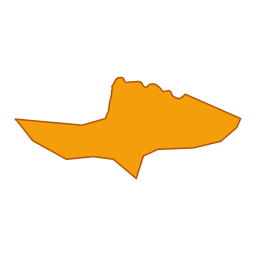 Patience, Praslin, Saint Lucia (Robinson projection)
{"feature_id": "8701671B25474950387418", "entity_name": "Patience", "entity_type": "district", "adm_level": 2, "iso_a3": "LCA", "parent_name": "Saint Lucia", "parent_adm1": "Praslin", "projection": "robinson", "projection_center": [-60.908, 13.85], "detail": "fine", "context": "isolated", "style": "filled", "palette": "amber", "viewbox_px": 256, "rotation_deg": 0, "n_neighbors": 0, "source": "geoboundaries", "source_scale": "gbopen_adm2", "svg_char_len": 4456}
<svg xmlns="http://www.w3.org/2000/svg" viewBox="0 0 256 256"><path d="M111.8,86.5L112.1,87.0L112.2,87.4L112.3,88.1L111.8,90.7L111.5,93.6L111.4,95.1L109.5,103.0L108.9,108.8L108.7,110.4L105.3,118.6L82.1,125.2L29.2,120.4L15.6,119.1L15.4,119.7L16.5,120.1L32.7,140.7L66.4,159.3L93.5,156.6L113.4,159.3L136.2,178.5L143.4,156.0L157.9,149.3L193.3,147.9L220.7,141.3L236.8,127.5L240.6,118.6L185.5,94.3L185.1,94.4L185.0,94.6L184.8,94.8L184.6,94.9L184.5,95.0L184.3,95.1L184.2,95.2L184.0,95.4L183.8,95.6L183.7,95.7L183.5,95.8L183.4,96.0L183.2,96.1L182.9,96.4L182.7,96.5L182.4,96.8L182.2,96.9L182.1,97.0L181.9,97.1L181.6,97.4L181.5,97.5L181.3,97.7L181.1,97.8L181.0,98.0L180.9,98.1L180.7,98.2L180.5,98.3L180.3,98.3L180.1,98.4L179.8,98.4L179.5,98.5L179.3,98.5L179.1,98.5L178.9,98.5L178.6,98.4L178.4,98.4L178.2,98.4L177.8,98.3L177.6,98.3L177.3,98.2L177.2,98.1L176.8,98.0L176.6,98.0L176.5,97.9L176.3,97.9L176.1,97.8L175.9,97.7L175.7,97.7L175.4,97.5L175.2,97.4L174.8,97.2L174.6,97.1L174.3,97.0L174.1,96.9L173.8,96.7L173.7,96.5L173.5,96.4L173.3,96.3L173.2,96.2L172.8,96.0L172.7,95.9L172.4,95.6L172.2,95.5L172.1,95.3L172.0,95.1L171.9,95.0L171.8,94.7L171.7,94.5L171.7,94.3L171.7,94.1L171.6,93.9L171.6,93.7L171.5,93.3L171.4,93.1L171.3,92.8L171.2,92.6L171.1,92.4L170.8,92.1L170.7,91.9L170.4,91.6L170.1,91.3L170.0,91.2L169.8,91.0L169.7,90.9L169.3,90.8L169.1,90.8L168.9,90.8L168.7,90.8L168.4,90.8L168.2,90.8L167.8,90.9L167.6,90.9L167.4,90.9L167.2,91.0L166.9,91.0L166.7,91.0L166.4,91.1L166.2,91.1L165.9,91.2L165.7,91.2L165.5,91.3L165.3,91.3L165.1,91.4L164.9,91.4L164.8,91.5L164.6,91.5L164.4,91.5L164.1,91.5L163.9,91.5L163.7,91.5L163.3,91.5L163.1,91.5L162.9,91.3L162.7,91.2L162.4,91.0L162.3,90.9L162.1,90.7L161.9,90.4L161.7,90.2L161.5,89.9L161.4,89.7L161.2,89.5L161.1,89.3L160.9,89.1L160.8,88.9L160.7,88.8L160.5,88.6L160.4,88.4L160.1,88.1L159.9,87.9L159.7,87.6L159.5,87.4L159.3,87.3L159.1,87.1L158.9,86.9L158.6,86.7L158.4,86.5L158.3,86.4L158.1,86.2L157.9,86.1L157.6,85.9L157.5,85.7L157.3,85.6L157.2,85.5L157.0,85.4L156.9,85.3L156.7,85.1L156.4,84.9L156.2,84.8L156.1,84.7L155.9,84.6L155.7,84.5L155.4,84.4L155.2,84.3L155.0,84.2L154.8,84.2L154.6,84.2L154.4,84.1L154.2,84.1L153.8,84.0L153.7,84.0L153.3,84.0L153.1,83.9L152.9,83.9L152.7,83.9L152.3,83.9L152.1,83.9L151.9,83.9L151.7,83.9L151.3,84.0L151.1,84.0L150.9,84.0L150.7,84.1L150.4,84.2L150.2,84.4L149.7,84.4L149.6,84.6L149.4,84.7L149.2,84.8L148.8,85.0L148.6,85.1L148.5,85.3L148.3,85.4L148.1,85.5L147.8,85.9L147.7,86.1L147.4,86.5L147.2,86.8L147.0,87.0L146.9,87.1L146.7,87.1L146.3,87.2L146.1,87.2L145.9,87.2L145.7,87.2L145.4,87.2L145.2,87.1L144.8,87.0L144.7,86.9L144.3,86.8L144.2,86.7L143.8,86.5L143.7,86.4L143.6,86.2L143.4,86.0L143.3,85.9L143.2,85.7L143.0,85.4L142.9,85.2L142.7,84.8L142.6,84.7L142.4,84.3L142.3,84.1L142.2,83.9L142.2,83.7L142.0,83.4L141.9,83.2L141.7,83.0L141.6,82.8L141.5,82.7L141.3,82.6L141.2,82.4L140.8,82.2L140.7,82.1L140.3,81.9L140.1,81.8L139.8,81.8L139.6,81.7L139.4,81.7L139.2,81.7L138.8,81.7L138.6,81.7L138.3,81.5L138.1,81.5L137.9,81.5L137.7,81.5L137.3,81.5L137.1,81.5L136.8,81.6L136.6,81.6L136.4,81.7L136.2,81.7L135.8,81.7L135.6,81.8L135.4,81.8L135.2,81.8L134.8,81.8L134.6,81.8L134.4,81.8L134.2,81.8L133.8,81.9L133.6,81.9L133.4,81.9L133.2,81.9L132.8,81.9L132.5,81.9L132.4,81.9L132.2,81.9L131.8,81.9L131.6,81.9L131.4,81.9L131.2,81.9L130.8,81.9L130.6,81.9L130.2,81.9L130.0,82.0L129.8,82.0L129.7,82.0L129.3,82.1L129.0,82.2L128.8,82.2L128.6,82.3L128.4,82.4L128.1,82.5L127.9,82.5L127.6,82.6L127.4,82.6L127.2,82.6L126.8,82.6L126.6,82.6L126.3,82.5L126.1,82.4L125.9,82.3L125.8,82.2L125.6,82.1L125.3,81.8L125.2,81.7L124.9,81.4L124.7,81.2L124.5,80.9L124.4,80.7L124.2,80.3L124.2,80.2L124.0,79.7L123.9,79.4L123.8,79.2L123.7,79.0L123.6,78.8L123.4,78.7L123.2,78.4L122.9,78.1L122.7,78.0L122.6,77.9L122.4,77.8L122.2,77.7L121.9,77.6L121.7,77.5L121.4,77.5L121.2,77.5L120.8,77.5L120.6,77.5L120.4,77.5L120.2,77.5L119.9,77.6L119.7,77.6L119.3,77.6L119.1,77.7L118.9,77.7L118.7,77.7L118.5,77.8L118.4,77.8L118.2,77.9L118.0,78.0L117.8,78.0L117.7,78.1L117.3,78.3L117.2,78.4L117.0,78.5L116.8,78.6L116.7,78.8L116.4,79.0L116.2,79.2L116.1,79.4L115.9,79.5L115.7,79.9L115.5,80.1L115.4,80.3L115.2,80.5L115.0,80.9L114.9,81.1L114.8,81.3L114.7,81.5L114.5,81.9L114.5,82.1L114.4,82.3L114.2,82.7L114.1,82.9L114.0,83.1L113.9,83.3L113.8,83.5L113.7,83.7L113.6,83.9L113.5,84.1L113.4,84.3L113.2,84.6L113.1,84.8L113.0,85.0L112.9,85.1L112.7,85.3L112.6,85.5L112.4,85.8L112.2,86.0L111.9,86.3L111.8,86.5Z" fill="#f59e0b" stroke="#b45309" stroke-width="1.5"/></svg>